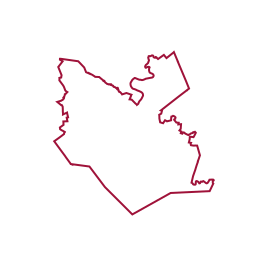 Gaujienas pag., Apes, Latvia, rotated 156°
{"feature_id": "27541924B78373668882921", "entity_name": "Gaujienas pag.", "entity_type": "district", "adm_level": 2, "iso_a3": "LVA", "parent_name": "Latvia", "parent_adm1": "Apes", "projection": "orthographic", "projection_center": [26.394, 57.508], "detail": "fine", "context": "isolated", "style": "outline", "palette": "rose", "viewbox_px": 256, "rotation_deg": 156, "n_neighbors": 0, "source": "geoboundaries", "source_scale": "gbopen_adm2", "svg_char_len": 5290}
<svg xmlns="http://www.w3.org/2000/svg" viewBox="0 0 256 256"><g transform="rotate(156 128 128)"><path d="M161.5,218.7L162.0,218.9L162.4,218.1L160.6,215.5L166.9,212.1L167.2,203.3L168.5,201.3L170.3,201.7L170.8,200.4L171.3,199.6L171.3,199.3L170.0,193.5L169.9,192.9L169.8,191.3L170.0,188.3L170.0,187.7L169.6,186.7L168.8,185.5L171.7,184.3L172.0,184.2L172.1,184.3L172.8,183.2L174.5,182.1L174.1,181.7L174.6,181.0L175.4,180.7L176.4,180.2L176.6,180.2L177.4,180.3L177.8,180.1L182.0,180.6L179.7,176.0L179.2,175.9L179.0,174.5L179.0,174.1L179.4,173.0L179.9,171.7L180.9,169.4L181.5,167.6L181.9,166.8L177.4,166.9L177.8,165.4L178.1,163.6L178.4,162.1L179.8,162.4L180.6,158.8L184.4,160.3L185.6,157.1L190.0,156.2L190.5,154.5L189.5,152.9L188.8,152.1L187.3,150.0L187.4,149.9L188.2,149.5L188.5,149.2L188.9,148.5L194.5,147.2L200.8,145.9L198.0,133.0L196.9,128.1L196.6,126.3L196.5,125.9L194.9,118.4L195.0,118.5L195.0,118.4L178.9,108.5L173.1,83.4L159.2,47.3L115.5,51.3L79.1,37.1L73.0,42.3L72.7,42.5L72.9,43.3L72.2,44.9L71.8,45.4L71.2,45.2L71.0,45.3L70.9,45.7L71.2,46.2L72.2,46.7L74.6,47.6L76.2,46.3L77.0,45.9L77.3,45.6L78.1,45.4L78.7,45.5L79.1,45.9L79.9,47.4L80.7,48.8L81.2,48.9L81.8,48.7L82.2,48.7L82.6,49.1L83.2,49.4L84.7,48.3L85.1,48.3L85.4,48.5L85.5,49.6L85.7,50.2L86.5,51.3L86.9,51.6L87.1,51.7L87.3,51.7L87.6,51.6L87.9,51.3L88.7,49.7L88.9,49.3L89.2,49.0L89.5,48.9L89.9,49.0L90.9,49.5L91.2,49.8L91.4,50.1L91.4,50.7L91.5,51.0L91.6,51.4L91.9,51.9L92.2,52.2L88.1,57.6L83.4,62.6L82.4,63.8L80.1,66.4L77.8,68.8L77.8,69.2L76.5,70.4L73.4,73.8L72.1,83.0L72.0,83.8L73.4,84.5L75.4,85.3L77.5,86.7L77.5,87.1L77.1,88.3L76.5,88.8L78.3,90.0L77.8,90.6L76.2,92.7L75.2,94.7L75.0,94.8L73.3,93.9L71.9,93.0L70.9,93.7L68.4,95.7L68.0,96.1L68.4,97.3L69.1,97.2L69.8,97.6L70.4,97.6L70.8,97.1L72.4,97.4L72.9,97.4L74.5,97.0L75.0,97.2L75.7,97.0L76.3,97.6L78.1,99.8L78.4,100.8L79.3,101.5L80.7,100.7L81.9,101.8L80.7,103.1L82.0,104.8L81.5,105.1L80.2,105.8L78.0,109.9L80.6,110.8L80.1,111.6L79.6,112.2L81.6,113.3L82.5,116.6L82.4,117.0L82.1,117.1L81.4,117.2L81.0,117.3L80.9,117.5L80.6,118.1L80.3,118.4L80.8,119.7L81.9,120.8L82.8,120.6L83.7,120.8L84.5,119.6L85.0,118.5L85.5,117.5L89.5,118.2L89.5,118.4L90.4,119.2L91.0,120.0L94.0,118.1L96.3,120.1L95.5,123.8L94.7,125.7L94.1,127.4L91.8,127.6L89.9,130.0L90.7,130.7L68.7,136.2L59.4,138.4L59.1,138.4L59.1,138.5L56.2,139.2L55.9,147.8L55.5,168.5L55.4,168.5L55.4,170.2L55.2,178.7L56.0,178.4L64.4,176.2L65.5,180.2L72.5,178.8L73.1,180.1L73.2,180.3L73.3,180.5L73.2,180.7L73.4,181.2L73.8,181.5L74.0,181.2L74.6,181.1L75.2,181.5L75.7,182.1L75.8,182.4L75.8,182.6L75.6,183.3L75.6,183.6L75.7,183.9L75.8,184.1L76.4,184.5L76.7,184.6L77.4,184.5L78.2,184.5L78.6,184.6L78.9,184.8L79.4,185.1L79.9,185.2L80.0,185.1L80.2,184.9L80.3,184.6L80.6,184.3L80.9,184.1L81.1,183.1L81.2,182.8L81.2,181.7L81.3,181.4L81.5,181.0L82.2,180.4L82.5,180.1L82.9,179.5L83.3,179.2L83.9,179.0L84.6,178.7L86.1,178.3L87.1,177.5L87.4,177.1L87.5,176.8L87.4,176.5L87.2,176.3L87.2,176.2L87.3,176.0L87.2,175.9L87.1,175.7L86.4,175.8L85.2,175.8L84.6,175.6L84.1,175.4L83.9,175.2L83.7,175.0L83.6,174.8L83.6,174.6L83.8,174.4L84.3,174.0L84.6,173.6L84.8,173.3L85.3,172.2L85.5,171.3L85.6,170.8L85.6,170.4L85.6,170.0L85.5,169.7L85.3,169.4L84.5,168.4L84.1,168.1L83.5,167.3L83.3,166.9L83.2,166.6L83.2,166.1L83.2,165.7L83.4,165.2L83.7,164.9L84.4,164.4L84.9,164.3L85.7,164.3L86.6,164.6L91.8,165.8L93.0,165.7L94.4,165.8L94.8,165.8L95.5,166.0L95.8,166.1L96.7,166.8L97.3,167.2L97.8,167.4L98.2,167.7L99.7,169.2L101.1,170.7L101.6,171.0L102.0,170.9L103.4,170.6L104.4,170.2L105.0,169.9L106.1,169.0L106.7,168.7L107.5,167.9L107.7,167.4L107.9,167.0L108.2,165.9L108.3,165.3L108.3,164.9L108.1,163.3L107.7,162.2L107.3,161.7L106.2,160.8L105.2,159.8L104.2,158.5L103.2,157.6L101.6,155.8L101.3,155.3L101.0,154.9L100.8,154.4L100.6,153.6L100.6,153.1L100.8,152.3L100.9,151.9L101.1,151.5L101.5,151.1L103.3,149.6L104.3,148.9L104.7,148.7L105.3,148.4L106.3,148.0L106.7,147.8L107.9,146.9L108.7,146.0L109.2,145.8L110.4,145.5L110.4,145.8L111.2,147.3L113.1,152.4L114.9,153.5L112.3,156.0L112.0,156.5L111.3,157.0L115.2,160.6L119.7,161.1L119.7,161.3L119.8,161.7L120.4,163.5L120.5,163.7L120.5,163.9L120.9,164.3L121.3,164.5L121.4,164.8L121.5,165.3L121.5,165.5L121.2,166.2L121.3,166.4L121.3,166.6L121.5,166.7L121.5,166.8L121.5,167.0L121.6,167.3L121.8,167.5L121.6,167.6L121.4,167.7L121.4,167.8L121.4,168.0L121.1,168.0L121.0,168.5L121.1,168.9L121.3,169.0L121.6,168.9L121.8,169.0L122.0,168.9L122.2,169.1L122.3,169.1L122.5,169.2L122.8,169.6L122.9,170.1L123.2,170.5L123.4,170.7L123.7,170.8L123.8,170.9L123.8,171.1L124.0,171.3L124.1,171.5L124.3,171.5L124.5,171.9L124.4,172.3L124.4,172.6L124.6,172.9L125.1,173.2L125.3,173.6L125.4,174.1L125.6,174.0L125.8,174.1L125.9,174.5L126.2,174.4L126.3,174.5L126.2,174.5L126.4,174.5L126.5,174.6L126.6,174.8L126.4,175.0L126.5,175.1L126.4,175.2L126.5,175.3L126.9,175.3L127.1,175.5L127.3,175.5L127.5,175.6L127.8,175.7L128.0,175.7L128.1,175.8L128.3,176.0L128.2,176.1L128.4,176.3L128.6,176.4L129.1,176.7L129.3,177.0L129.4,177.4L129.6,177.7L130.2,178.7L130.2,178.9L130.5,179.7L130.4,180.7L130.6,180.9L131.3,180.9L131.4,181.1L131.5,181.5L131.4,181.9L132.5,184.0L133.6,186.3L137.2,188.1L137.5,188.8L138.6,190.4L138.8,190.9L139.1,191.2L141.1,193.7L141.2,193.4L141.8,194.1L143.6,196.0L143.4,201.1L146.3,209.2L161.5,218.7Z" fill="none" stroke="#9f1239" stroke-width="2"/></g></svg>